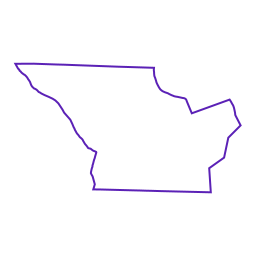 General Juan F.Quiroga, La Rioja, Argentina (orthographic projection)
{"feature_id": "61730980B64076546006472", "entity_name": "General Juan F.Quiroga", "entity_type": "district", "adm_level": 2, "iso_a3": "ARG", "parent_name": "Argentina", "parent_adm1": "La Rioja", "projection": "orthographic", "projection_center": [-67.011, -30.806], "detail": "fine", "context": "isolated", "style": "outline", "palette": "violet", "viewbox_px": 256, "rotation_deg": 0, "n_neighbors": 0, "source": "geoboundaries", "source_scale": "gbopen_adm2", "svg_char_len": 2435}
<svg xmlns="http://www.w3.org/2000/svg" viewBox="0 0 256 256"><path d="M15.4,63.8L16.4,65.6L17.9,68.3L18.1,68.6L18.3,68.8L18.6,69.0L18.7,69.3L19.1,69.6L19.3,69.8L19.3,70.0L19.5,70.5L19.8,70.9L20.1,71.1L20.6,71.4L21.0,72.0L21.4,72.5L21.9,72.9L22.3,73.3L22.7,73.5L23.0,73.8L23.5,74.2L23.6,74.3L23.9,74.5L24.3,74.6L24.5,74.7L25.3,75.4L26.0,76.1L27.2,77.5L28.1,79.1L29.2,80.6L30.1,82.1L30.5,83.3L30.9,84.3L31.4,85.5L32.3,86.8L34.1,88.5L35.0,88.8L36.4,89.6L36.8,90.0L37.1,90.2L38.0,91.2L38.6,91.9L39.4,92.3L40.3,92.7L41.2,93.4L42.4,94.0L43.4,94.5L44.6,95.1L48.6,96.8L52.6,98.7L55.3,100.4L57.7,102.7L58.4,103.4L62.5,109.6L64.1,112.6L70.3,119.7L72.3,123.9L73.8,127.5L74.4,128.4L74.8,129.6L75.3,130.6L75.8,131.3L76.2,132.2L76.6,132.9L77.4,134.0L78.0,134.6L78.4,135.1L78.9,135.8L79.1,136.1L79.9,137.2L80.7,137.8L81.4,138.4L82.3,139.3L82.6,139.7L82.9,140.3L83.4,141.3L83.8,141.9L84.4,143.0L84.5,143.1L84.9,143.8L85.2,144.2L86.0,145.1L86.8,146.1L87.5,147.0L87.8,147.7L88.5,148.2L90.6,148.7L92.1,149.9L92.9,150.5L93.1,150.6L94.0,151.0L95.1,151.4L96.1,151.9L96.3,152.3L96.2,152.8L96.1,153.2L95.2,156.2L94.6,158.5L94.1,159.7L93.6,161.6L93.5,162.0L93.0,164.0L92.5,165.4L92.5,166.0L92.4,166.8L91.8,168.4L91.5,169.7L91.2,171.1L91.1,171.5L91.0,172.1L90.9,173.2L91.5,174.5L92.6,176.4L93.2,178.5L94.8,184.3L93.3,189.4L101.0,189.5L131.6,190.3L139.9,190.5L146.0,190.7L150.7,190.8L160.7,191.1L210.8,192.3L209.2,168.2L224.1,157.6L228.3,137.7L240.6,125.4L235.4,115.3L235.2,114.4L235.1,113.4L235.0,112.5L234.8,111.6L234.6,110.6L234.4,109.7L234.2,108.8L234.0,107.9L233.7,107.0L233.4,106.1L233.0,105.2L232.5,104.4L232.0,103.6L231.6,102.8L231.1,101.9L230.6,101.1L230.1,100.3L229.6,99.6L191.8,113.3L186.8,101.3L186.5,100.4L186.1,99.5L185.5,98.9L184.7,98.4L183.8,98.1L182.8,98.0L181.9,97.8L181.0,97.6L180.1,97.4L179.1,97.2L178.2,97.0L177.3,96.8L176.4,96.7L175.4,96.5L174.5,96.3L173.6,96.0L172.8,95.6L171.9,95.3L171.0,94.9L170.2,94.5L169.3,94.1L168.5,93.6L167.7,93.2L166.8,92.9L165.9,92.6L165.0,92.3L164.1,91.9L163.3,91.5L162.4,91.1L161.7,90.5L160.9,89.9L160.3,89.3L159.7,88.5L159.2,87.7L158.7,86.9L158.3,86.1L157.8,85.2L157.4,84.4L157.0,83.6L156.6,82.7L156.3,81.8L156.1,80.9L155.8,80.0L155.5,79.0L155.2,78.1L154.9,77.3L154.5,76.4L154.3,75.5L154.2,74.5L154.1,73.6L154.1,72.7L154.0,71.7L153.9,70.8L153.8,69.8L153.9,68.9L154.0,67.8L128.1,67.0L118.1,66.7L77.4,65.2L64.2,64.7L56.6,64.5L33.4,63.7L33.1,63.7L15.4,63.8Z" fill="none" stroke="#5b21b6" stroke-width="2"/></svg>